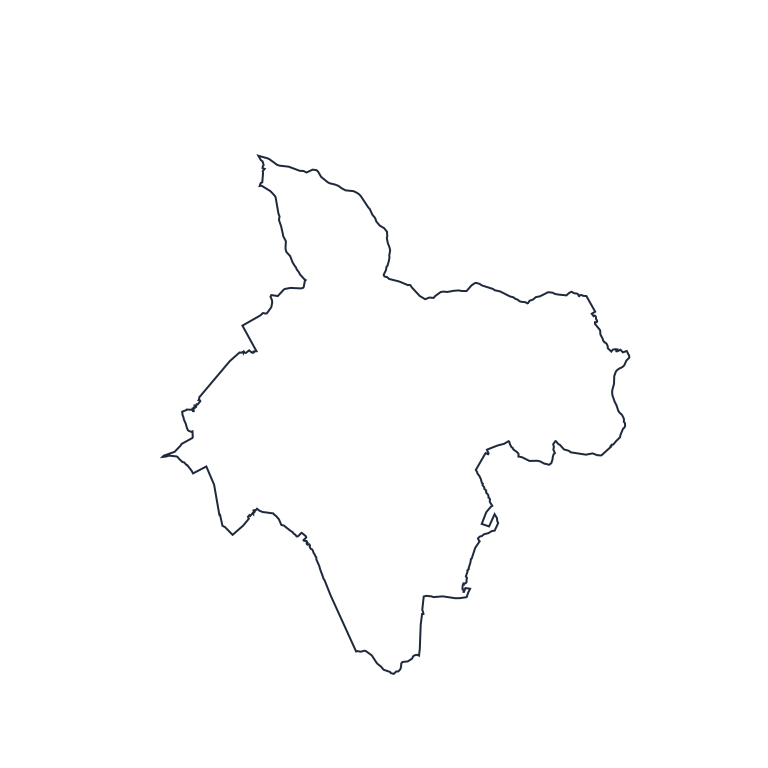 outline of Stanita, Neamt, Romania, rotated 332°
{"feature_id": "2599482B66033440846338", "entity_name": "Stanita", "entity_type": "district", "adm_level": 2, "iso_a3": "ROU", "parent_name": "Romania", "parent_adm1": "Neamt", "projection": "orthographic", "projection_center": [27.139, 47.016], "detail": "fine", "context": "isolated", "style": "outline", "palette": "slate", "viewbox_px": 768, "rotation_deg": 332, "n_neighbors": 0, "source": "geoboundaries", "source_scale": "gbopen_adm2", "svg_char_len": 6166}
<svg xmlns="http://www.w3.org/2000/svg" viewBox="0 0 768 768"><g transform="rotate(332 384 384)"><path d="M233.8,607.1L235.0,607.3L237.9,609.5L241.5,610.3L242.6,611.3L245.8,617.9L246.6,627.0L247.1,628.6L248.7,632.1L249.5,636.1L253.8,640.7L254.3,641.4L254.3,642.4L256.4,644.5L259.9,643.6L261.8,644.5L264.5,643.5L266.2,641.9L268.0,638.9L269.8,638.1L274.7,640.1L279.7,639.7L282.1,638.0L284.2,638.0L286.2,638.7L287.4,640.3L291.3,634.6L303.5,613.6L309.6,605.0L310.8,605.6L311.3,604.4L311.8,601.3L319.3,590.3L321.9,590.9L326.2,593.8L327.5,595.3L336.2,599.1L346.5,606.7L350.7,608.8L356.9,611.0L360.3,607.8L363.9,605.2L360.1,602.4L357.0,605.1L356.6,604.8L358.1,603.1L356.9,602.2L358.5,599.3L359.5,598.2L360.3,598.6L360.6,597.4L362.5,598.3L364.0,597.6L364.4,596.5L366.3,594.0L365.9,592.4L370.1,588.4L370.1,587.7L372.1,587.1L372.1,586.5L376.5,582.2L378.5,579.4L379.5,579.3L387.7,571.4L394.6,567.8L394.3,566.5L394.5,564.4L396.9,563.7L399.3,564.2L401.6,563.6L406.2,564.7L410.1,564.5L412.9,565.4L419.5,560.4L419.6,558.4L420.8,555.3L420.5,550.9L409.9,559.1L404.6,553.4L414.1,545.2L420.5,542.6L422.4,542.4L422.1,538.2L422.3,537.1L423.4,535.8L423.5,534.7L422.9,533.3L423.5,532.5L423.9,530.5L423.2,528.0L423.6,527.4L423.6,526.8L424.1,526.3L424.1,525.3L423.3,524.0L424.0,522.2L423.5,519.5L424.5,518.4L424.0,517.2L424.9,513.2L425.0,509.5L424.5,507.4L424.9,504.8L424.7,503.0L441.2,492.7L442.9,494.9L443.7,494.5L444.0,490.3L455.3,491.6L462.0,493.2L467.2,493.0L467.5,494.0L466.9,496.2L466.9,499.6L467.6,500.8L467.5,502.6L469.5,506.6L470.0,508.9L468.6,511.1L471.5,513.5L476.3,520.2L483.4,523.8L485.6,525.7L488.3,529.8L489.0,530.1L491.8,532.8L494.5,532.5L497.5,529.6L498.4,528.1L500.8,525.6L502.5,525.2L502.7,521.5L504.5,519.2L505.1,516.6L508.5,514.9L508.9,515.2L509.8,519.1L510.7,520.2L512.2,526.3L515.2,529.1L516.3,530.6L516.7,531.9L529.1,541.2L535.6,543.2L538.9,547.0L541.3,548.5L542.5,549.1L555.1,545.9L554.9,545.2L556.6,544.5L557.7,545.1L558.5,544.9L562.1,543.4L567.3,541.9L569.1,539.8L574.2,535.6L575.5,535.5L577.1,534.4L578.4,531.7L578.0,530.1L579.3,527.8L579.6,526.2L579.6,522.8L578.5,519.9L578.3,517.6L579.3,511.8L579.3,508.2L580.3,501.7L581.1,499.3L582.5,496.8L587.2,491.8L591.0,485.1L594.1,482.3L595.7,481.3L598.8,480.8L602.2,481.0L604.9,480.3L609.0,477.1L612.9,475.9L613.7,474.3L613.8,468.8L609.8,468.2L608.8,464.7L605.4,464.7L604.5,464.2L604.5,463.8L606.1,462.9L604.5,461.8L602.1,461.1L599.9,462.1L598.4,457.4L599.2,455.9L599.5,453.5L599.0,451.4L598.2,450.8L597.9,448.4L598.3,446.7L598.3,441.9L599.9,438.5L600.0,437.6L598.5,430.0L599.3,428.5L600.8,429.3L601.6,428.8L601.9,428.0L601.7,426.3L602.7,423.9L602.2,422.5L600.9,422.5L600.4,419.5L604.4,419.3L604.0,401.4L601.3,399.7L600.5,398.5L598.9,397.6L597.6,398.1L597.3,397.7L597.5,396.2L597.0,394.9L594.7,393.3L592.8,390.6L590.2,390.5L586.7,391.4L580.1,387.0L577.4,384.9L575.7,382.5L572.0,380.0L562.9,379.8L558.9,378.6L554.9,379.4L551.7,378.8L549.1,380.2L548.4,380.1L547.3,378.2L543.6,375.7L542.5,374.5L541.6,372.2L540.2,370.8L538.7,367.9L536.4,365.9L530.1,356.9L525.7,353.1L524.8,351.2L516.7,342.9L515.4,340.5L512.9,338.0L511.5,337.6L507.6,338.0L500.5,340.7L495.9,338.1L494.0,336.5L489.0,334.3L483.2,332.5L480.0,330.4L477.3,329.4L470.3,330.4L468.3,331.3L464.5,328.9L460.2,328.5L456.9,323.1L453.9,311.8L453.7,309.2L452.7,308.3L451.5,307.9L445.8,300.9L437.8,293.6L437.0,291.2L435.0,289.4L434.8,288.6L435.0,287.4L439.3,284.3L441.1,281.8L442.5,281.3L445.8,277.9L448.2,274.9L449.1,272.8L452.1,269.0L452.9,266.4L453.6,261.0L455.2,256.1L456.2,255.2L458.1,251.0L457.3,246.5L454.6,242.1L453.5,236.9L454.1,233.3L453.2,229.0L453.6,222.9L453.0,220.6L451.7,207.0L451.1,204.9L449.8,202.4L447.6,199.4L440.9,194.9L438.5,191.3L436.8,187.7L434.4,184.9L430.3,181.3L429.0,179.4L425.7,171.6L425.5,165.6L424.8,163.5L421.6,161.2L414.9,160.9L413.0,158.2L409.7,156.2L401.9,147.4L394.6,142.4L392.6,140.5L388.4,131.8L387.1,130.0L380.2,123.5L380.4,128.5L381.3,130.6L380.5,134.2L379.1,134.9L378.1,136.4L379.6,138.0L376.9,139.1L376.1,141.2L371.2,148.8L369.4,148.7L367.2,150.8L368.7,151.3L369.4,152.1L374.3,160.5L375.8,166.0L376.0,168.1L370.8,184.0L370.4,187.1L368.4,189.6L368.1,190.7L367.2,196.5L364.4,206.5L364.4,211.9L360.7,218.0L359.9,220.6L359.9,222.1L361.2,227.0L360.4,233.7L360.6,237.4L361.0,239.9L360.7,241.8L361.4,245.9L361.2,247.7L362.9,254.2L363.6,255.5L362.5,255.8L358.9,260.4L358.0,261.1L355.7,260.7L346.6,255.3L341.0,253.5L339.5,253.7L331.5,256.5L326.3,252.6L324.8,253.6L324.4,257.6L323.4,259.8L320.5,263.3L313.8,266.6L312.2,266.0L310.4,264.5L307.0,265.4L286.4,266.0L286.8,295.2L283.9,294.0L283.6,294.2L283.6,295.0L283.0,295.0L281.9,294.0L280.7,291.0L276.7,291.7L275.6,291.0L275.5,289.8L274.5,290.6L274.7,289.4L272.7,289.4L271.4,288.4L269.3,288.8L258.6,291.4L214.7,309.0L213.6,310.6L212.7,311.2L213.8,312.1L213.8,312.9L209.8,314.6L209.1,314.0L207.8,314.7L206.6,314.0L206.2,314.9L206.7,315.5L207.5,315.5L207.5,315.9L205.1,316.4L204.8,315.8L204.2,316.1L203.5,315.7L202.8,316.5L203.5,317.6L203.5,318.4L203.2,318.7L202.6,318.3L202.6,317.5L202.1,316.4L197.7,313.9L197.1,314.2L192.8,313.7L191.5,317.1L191.3,319.3L190.6,321.5L190.3,326.2L189.3,330.5L189.2,332.7L189.6,333.7L191.4,335.8L192.7,335.9L190.1,341.3L189.4,341.7L177.2,341.9L175.4,342.9L167.3,345.6L155.9,343.9L154.2,344.4L157.2,345.6L160.7,346.4L166.9,350.6L167.5,351.7L168.1,354.5L169.4,358.2L170.8,359.5L171.6,362.9L172.2,363.3L173.4,370.3L173.4,373.3L188.4,373.4L186.7,393.2L177.4,421.6L177.2,422.5L177.8,422.6L174.8,433.4L176.4,435.6L179.5,446.1L193.2,442.9L201.4,439.5L201.5,437.4L203.6,436.6L203.9,437.7L207.3,436.4L207.5,437.3L207.9,436.5L209.1,436.5L209.3,434.4L210.3,434.5L210.7,435.5L213.3,434.5L214.4,437.2L216.7,440.0L225.5,446.3L225.6,447.5L226.7,449.7L227.7,454.1L227.2,460.3L229.1,461.9L232.6,470.0L233.7,471.6L234.0,473.7L234.9,475.4L235.3,477.6L236.5,478.1L241.2,476.7L241.8,477.4L243.5,481.6L243.4,482.9L239.6,484.1L239.8,484.9L241.8,486.2L242.0,488.2L240.9,488.2L240.7,489.2L241.0,490.0L242.8,490.5L242.9,490.8L242.7,492.1L241.9,492.9L241.9,495.0L242.7,496.0L243.0,497.2L242.5,500.6L242.8,501.6L242.6,503.8L242.8,505.3L241.9,507.2L241.4,514.3L240.6,517.8L239.6,525.4L239.2,527.0L239.4,529.4L237.6,545.7L233.8,607.1Z" fill="none" stroke="#1e293b" stroke-width="2"/></g></svg>